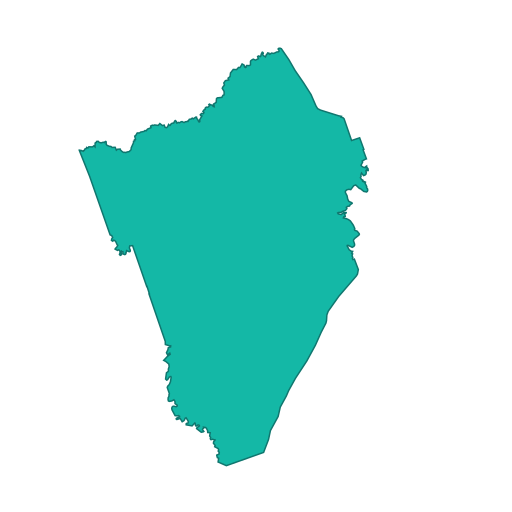 Hume, Victoria, Australia, rotated 242°
{"feature_id": "25037944B10619545343998", "entity_name": "Hume", "entity_type": "district", "adm_level": 2, "iso_a3": "AUS", "parent_name": "Australia", "parent_adm1": "Victoria", "projection": "natural_earth1", "projection_center": [144.895, -37.597], "detail": "fine", "context": "isolated", "style": "filled", "palette": "teal", "viewbox_px": 512, "rotation_deg": 242, "n_neighbors": 0, "source": "geoboundaries", "source_scale": "gbopen_adm2", "svg_char_len": 6158}
<svg xmlns="http://www.w3.org/2000/svg" viewBox="0 0 512 512"><g transform="rotate(242 256 256)"><path d="M339.2,397.0L341.1,394.7L354.6,381.4L357.2,379.6L360.3,379.4L372.7,380.4L386.7,379.3L401.3,377.6L413.9,377.2L427.1,375.7L428.1,374.9L428.7,373.8L428.4,372.7L426.9,372.9L425.9,372.4L425.7,371.8L426.4,370.1L426.5,366.9L427.9,364.9L427.6,362.9L428.5,362.5L429.0,362.7L429.7,361.8L429.0,361.6L429.2,360.1L427.4,357.8L429.5,356.6L431.2,356.5L431.4,357.5L431.9,357.7L432.9,357.5L433.0,357.1L431.8,355.4L430.0,353.8L430.0,353.4L431.4,352.3L431.4,351.1L429.1,350.7L429.2,347.5L431.1,346.0L431.1,344.6L430.8,343.0L430.3,342.4L427.4,340.9L427.2,339.9L427.5,339.0L428.6,337.2L428.1,336.1L427.4,335.9L427.3,335.3L428.3,334.6L430.2,335.1L432.1,333.9L429.9,330.4L430.7,329.1L429.7,326.4L431.4,323.5L429.6,319.4L426.6,317.3L426.1,314.8L424.3,314.6L425.2,311.3L423.9,308.8L421.8,308.4L420.7,305.9L419.9,304.9L416.2,305.1L413.3,303.5L413.4,302.2L412.1,300.3L413.8,296.1L413.5,295.0L410.3,292.9L410.1,290.0L407.4,289.2L408.2,288.4L409.8,288.3L410.5,287.2L412.0,286.2L411.8,285.4L410.7,285.6L410.0,284.1L410.1,283.0L410.8,282.0L410.6,281.0L410.3,280.4L409.3,279.9L409.4,278.5L408.6,277.0L407.3,277.5L406.4,276.4L407.4,275.0L407.0,273.2L406.1,273.0L405.0,274.0L402.7,270.2L401.3,269.7L400.9,269.1L401.3,268.5L404.1,268.6L405.3,268.2L406.5,268.7L406.9,268.3L406.6,265.0L407.7,264.4L407.4,263.1L408.0,261.3L406.8,259.2L407.2,259.0L407.1,258.0L407.7,256.7L407.6,255.1L409.4,253.8L409.7,252.9L409.5,251.1L410.3,250.4L410.5,248.5L411.4,248.4L412.1,248.9L413.5,248.3L413.3,247.5L412.0,245.7L412.6,244.3L412.5,243.0L411.6,241.5L411.9,241.0L413.2,240.6L411.6,238.6L411.3,237.3L412.3,236.1L414.7,236.4L415.1,234.6L418.1,233.3L417.2,231.0L419.3,228.0L419.6,226.4L420.2,225.9L420.2,224.0L418.6,223.5L419.0,219.8L418.1,217.8L418.9,216.9L418.6,215.6L419.6,212.2L419.3,211.0L420.4,208.9L418.8,206.2L418.8,205.2L415.6,204.4L415.6,203.2L414.7,203.1L414.8,201.7L413.5,201.0L410.1,196.6L408.5,195.6L407.7,193.0L408.4,190.9L408.4,189.6L409.1,189.0L409.6,187.7L411.1,186.8L413.3,186.1L414.2,186.3L415.3,183.8L415.0,182.4L418.1,182.7L419.5,179.8L420.9,179.3L421.6,178.1L423.7,176.4L424.9,176.2L427.2,177.3L427.7,177.1L427.7,175.6L427.4,175.3L428.2,174.5L428.6,172.4L429.9,170.9L431.4,170.5L432.0,169.0L431.2,168.3L431.4,167.3L431.1,166.9L427.9,165.1L429.4,164.6L429.1,162.9L430.9,159.6L430.3,158.3L431.4,157.4L430.6,156.7L430.8,155.1L429.8,153.9L430.0,153.1L429.6,152.5L431.2,151.3L431.1,150.0L432.2,150.2L432.4,149.6L404.5,146.5L343.1,137.1L341.8,138.2L339.6,138.1L338.8,136.6L337.6,135.7L336.3,136.5L336.8,137.7L336.0,138.5L334.5,138.9L331.4,138.7L330.4,139.0L329.3,137.4L328.6,135.2L328.2,134.8L325.9,136.4L326.0,137.5L325.4,138.0L323.8,138.1L322.3,137.2L321.6,136.2L320.3,136.4L320.1,137.0L320.7,138.1L323.3,138.8L323.5,139.4L322.9,139.4L322.3,140.5L320.3,139.5L318.8,140.8L318.8,141.6L319.3,142.4L320.0,142.6L320.3,143.3L321.5,144.3L319.3,146.0L319.1,146.8L319.3,147.2L320.1,147.7L322.6,148.0L324.2,149.2L323.1,151.9L280.4,145.2L280.4,145.5L272.6,144.1L272.7,143.7L223.2,135.8L220.4,134.4L217.0,137.8L216.8,138.5L215.8,137.9L216.2,135.5L214.7,134.3L212.6,131.5L210.2,131.5L210.8,134.3L209.5,134.1L209.0,130.8L207.2,125.5L205.1,126.9L201.5,128.3L199.1,127.4L197.3,125.5L195.6,124.7L195.3,124.3L194.9,122.1L189.8,118.4L188.3,118.9L188.3,119.9L189.8,122.6L189.8,123.4L189.6,124.2L188.8,124.2L185.0,121.3L183.2,119.0L182.5,116.9L181.6,115.9L175.1,114.9L174.5,114.1L173.0,113.3L172.1,111.9L170.4,110.9L169.1,110.6L168.3,111.3L167.5,113.7L167.6,116.0L165.6,116.2L163.7,115.2L161.2,116.4L160.5,116.0L160.4,114.7L162.0,112.9L162.3,112.1L162.0,111.0L161.1,110.1L159.6,109.6L153.0,109.6L151.7,111.7L151.5,112.7L150.3,113.3L149.8,112.7L150.1,110.1L149.8,109.1L149.4,109.0L148.8,109.3L148.1,112.8L144.3,113.0L144.4,114.9L145.0,116.2L146.0,117.1L146.0,118.3L142.5,118.6L141.1,118.3L140.4,117.5L140.8,116.2L140.6,115.5L139.7,115.1L136.0,119.8L137.3,123.6L136.8,123.8L134.6,123.0L134.0,123.2L133.8,123.6L134.1,125.3L133.6,126.2L132.9,126.4L132.5,126.3L132.0,123.0L131.5,122.5L126.1,124.9L125.5,126.8L125.6,127.6L127.7,127.2L128.5,128.0L128.6,129.1L129.5,129.3L128.3,130.9L127.2,131.3L124.6,131.3L122.8,130.5L121.4,132.6L118.9,130.6L117.1,130.8L116.4,130.0L115.3,129.8L114.9,130.1L114.6,131.7L113.6,132.5L113.0,133.5L112.5,133.2L111.9,131.4L110.7,130.5L107.8,131.0L107.0,130.0L103.7,132.2L102.4,132.0L101.5,131.0L99.9,131.4L99.5,130.9L98.6,130.6L98.5,129.4L98.7,128.0L98.3,127.7L96.1,127.2L95.0,128.1L91.9,125.8L84.8,131.4L79.0,170.5L88.1,180.9L95.1,186.8L103.9,200.2L111.2,206.5L118.1,217.0L121.8,221.6L129.6,233.6L139.4,251.5L149.3,266.5L158.1,277.8L163.9,286.2L165.8,287.9L170.7,290.9L173.3,293.8L181.5,310.1L191.3,335.3L192.4,337.1L196.0,340.0L207.1,341.4L207.3,339.9L208.4,339.9L209.4,340.9L210.5,340.8L211.5,341.2L212.5,342.3L213.5,341.7L214.7,343.5L215.6,342.3L217.8,341.2L222.2,341.2L222.5,341.6L222.2,342.3L218.5,345.0L218.5,346.8L219.0,347.9L220.1,348.6L223.6,349.2L224.5,349.8L225.2,351.6L226.1,356.6L226.7,357.5L227.3,357.6L230.4,357.0L232.3,355.3L233.0,355.3L233.8,356.1L237.5,356.4L242.6,355.8L244.5,354.9L246.5,353.4L248.6,351.0L249.4,351.8L249.1,353.4L250.6,353.9L251.6,353.7L252.1,354.2L251.7,354.8L251.7,355.8L252.0,356.0L253.2,353.8L252.6,350.6L254.5,348.4L255.7,348.3L255.8,349.0L254.6,351.7L254.8,353.3L254.3,356.4L255.2,358.5L256.6,358.6L256.8,360.4L256.2,362.0L257.0,363.1L257.3,365.6L258.0,365.7L260.7,363.6L263.2,363.7L266.5,364.7L270.0,364.7L271.3,365.4L271.8,367.2L271.3,369.3L270.1,370.8L272.2,375.3L271.9,377.4L267.1,379.0L266.4,379.8L262.4,381.5L260.6,383.7L260.8,384.7L261.7,385.6L263.0,386.0L264.4,385.7L265.4,386.4L269.4,386.5L269.8,387.3L270.7,386.8L271.1,385.7L271.9,385.2L272.5,385.4L272.3,385.9L272.7,386.0L274.1,385.1L276.1,384.9L277.0,386.2L278.2,386.5L279.7,388.1L276.5,388.7L276.3,390.4L276.7,391.6L278.0,392.6L279.7,393.0L280.3,394.4L279.2,394.3L278.8,395.2L280.4,395.9L282.6,395.5L283.5,395.9L283.4,394.6L282.5,394.3L283.9,392.5L285.8,391.4L286.8,391.3L288.8,394.2L290.0,394.3L290.1,397.9L289.9,399.1L299.5,400.4L299.5,401.3L311.7,403.0L313.1,394.6L335.8,398.2L337.1,397.8L338.7,396.2L339.2,397.0Z" fill="#14b8a6" stroke="#0f766e" stroke-width="1.5"/></g></svg>